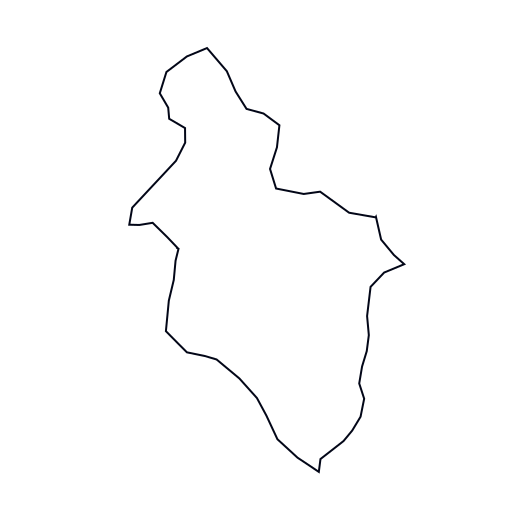 outline of Köping, Västmanland, Sweden, rotated 40°
{"feature_id": "70781695B79048986379567", "entity_name": "Köping", "entity_type": "district", "adm_level": 2, "iso_a3": "SWE", "parent_name": "Sweden", "parent_adm1": "Västmanland", "projection": "orthographic", "projection_center": [15.893, 59.597], "detail": "fine", "context": "isolated", "style": "outline", "palette": "ink", "viewbox_px": 512, "rotation_deg": 40, "n_neighbors": 0, "source": "geoboundaries", "source_scale": "gbopen_adm2", "svg_char_len": 880}
<svg xmlns="http://www.w3.org/2000/svg" viewBox="0 0 512 512"><g transform="rotate(40 256 256)"><path d="M189.6,300.7L192.0,300.3L197.4,311.3L208.4,327.2L217.9,346.2L235.3,371.5L252.5,373.1L265.0,374.2L281.1,365.5L292.3,360.6L322.0,360.5L348.0,364.2L366.6,371.6L390.2,382.6L417.4,383.8L442.9,381.0L435.9,370.1L442.0,341.5L441.9,327.9L439.4,311.9L430.6,295.8L417.0,287.3L408.3,272.5L402.0,257.7L393.3,244.1L379.7,230.6L363.6,206.0L364.8,186.3L374.8,167.0L361.0,166.6L341.3,163.0L322.7,148.9L322.8,149.5L299.5,163.0L263.8,165.5L252.7,177.8L228.0,191.4L210.8,180.3L202.2,159.3L189.9,140.8L170.2,142.0L154.2,149.4L134.6,143.1L114.9,133.2L84.8,128.2L74.8,147.5L69.1,172.6L77.7,193.2L93.4,198.8L101.3,206.7L119.4,203.6L128.9,214.7L133.5,234.5L130.1,298.5L138.8,313.5L146.7,307.2L155.5,297.0L176.0,298.6L190.3,300.2L189.6,300.7Z" fill="none" stroke="#020617" stroke-width="2"/></g></svg>